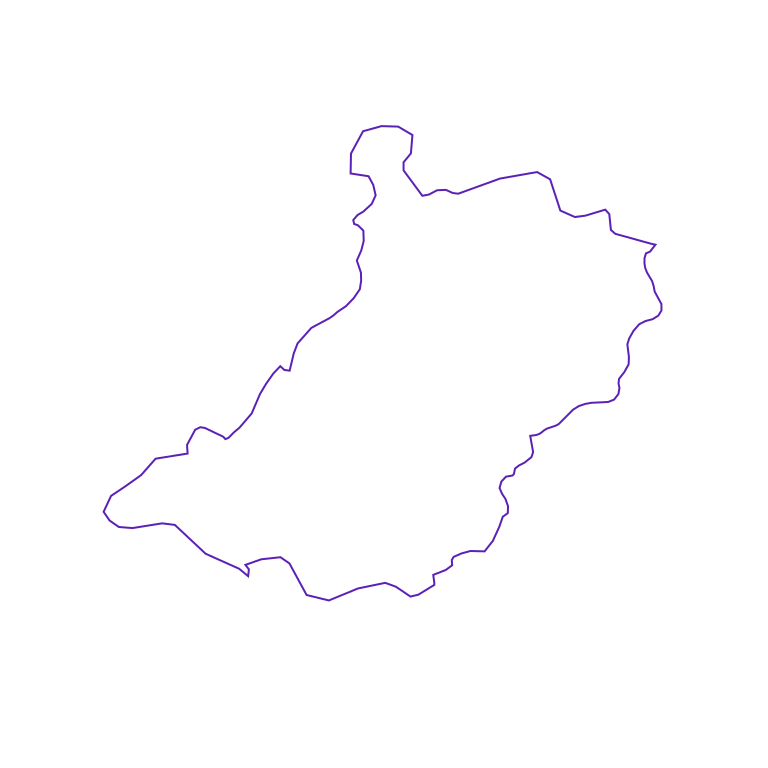 outline of Lubusz, rotated 223°
{"feature_id": "POL-3143", "entity_name": "Lubusz", "entity_type": "Voivodeship", "adm_level": 1, "iso_a3": "POL", "parent_name": "Poland", "parent_adm1": "", "projection": "mercator", "projection_center": [15.301, 52.253], "detail": "fine", "context": "isolated", "style": "outline", "palette": "violet", "viewbox_px": 768, "rotation_deg": 223, "n_neighbors": 0, "source": "natural_earth", "source_scale": "10m", "svg_char_len": 2095}
<svg xmlns="http://www.w3.org/2000/svg" viewBox="0 0 768 768"><g transform="rotate(223 384 384)"><path d="M280.5,671.0L279.7,662.3L281.5,658.2L279.3,653.7L275.6,649.7L272.4,647.2L267.7,644.9L258.1,642.1L253.4,639.4L249.1,636.2L235.7,631.7L231.2,627.0L230.5,623.5L230.0,621.1L231.7,614.7L235.7,608.4L238.1,601.8L237.8,593.1L235.8,584.7L233.1,579.0L223.2,570.7L218.5,565.2L216.4,556.8L215.6,548.1L212.8,544.3L209.1,541.7L205.7,536.5L205.1,529.5L207.8,523.7L219.5,511.7L223.3,506.6L226.5,500.7L228.2,494.2L228.9,473.8L230.0,470.6L234.4,462.5L235.3,459.4L235.7,456.3L236.4,453.3L237.9,450.5L241.7,445.8L228.4,435.8L226.3,431.0L227.6,422.3L229.8,416.2L230.5,411.5L227.6,406.8L227.6,404.7L231.6,399.4L231.6,392.6L228.5,386.7L222.7,384.2L216.9,382.8L209.9,379.2L205.4,374.0L206.6,367.9L202.3,358.2L197.4,343.5L196.3,330.2L206.9,320.8L211.8,312.9L215.2,305.0L214.3,301.4L210.5,297.9L212.0,290.1L217.8,278.0L211.4,272.7L210.2,271.4L215.2,253.3L219.7,246.6L237.2,243.8L247.5,239.4L263.6,216.7L276.7,188.1L296.7,176.9L330.8,188.3L341.6,186.7L354.2,172.1L362.0,157.2L356.4,156.3L352.3,150.8L363.9,150.1L398.7,138.2L440.9,138.3L451.3,130.7L469.7,107.1L480.4,98.6L491.6,97.0L501.9,99.3L507.3,116.0L503.5,132.2L499.5,151.8L500.1,173.6L480.2,199.2L486.5,205.1L490.9,221.8L488.9,227.1L485.0,229.7L465.6,235.8L462.4,235.5L461.0,238.6L460.8,246.2L459.9,253.4L460.7,272.3L467.9,292.2L470.4,303.9L472.1,316.2L472.0,326.3L466.5,326.3L462.1,329.4L470.9,344.9L474.9,354.8L475.4,375.5L468.7,395.2L467.7,400.0L467.2,405.1L464.9,415.0L464.7,426.2L466.3,436.8L471.1,443.9L476.8,449.7L488.1,455.8L491.7,466.2L496.4,474.8L503.7,482.1L511.4,482.3L514.9,480.7L518.3,482.9L518.6,489.5L516.7,495.9L515.8,507.4L518.8,516.3L527.7,522.3L537.0,525.4L552.0,515.2L565.3,530.0L571.7,554.6L561.7,570.9L549.2,581.9L533.0,585.5L521.6,571.0L520.9,559.5L515.4,553.6L484.3,547.8L480.3,553.3L477.3,561.9L471.1,568.2L463.9,570.6L459.5,573.8L439.3,613.3L416.6,643.4L402.1,647.0L373.3,631.1L358.3,636.3L351.5,644.5L341.1,662.4L335.1,661.9L323.1,651.4L317.2,651.6L284.4,668.7L280.5,671.0Z" fill="none" stroke="#5b21b6" stroke-width="2"/></g></svg>